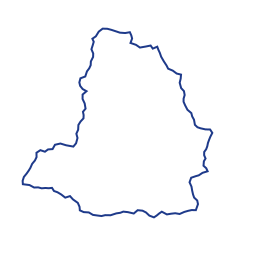 Santa Bárbara do Tugúrio, Minas Gerais, Brazil, rotated 285°
{"feature_id": "56859067B74973065797584", "entity_name": "Santa Bárbara do Tugúrio", "entity_type": "district", "adm_level": 2, "iso_a3": "BRA", "parent_name": "Brazil", "parent_adm1": "Minas Gerais", "projection": "albers", "projection_center": [-43.531, -21.243], "detail": "fine", "context": "isolated", "style": "outline", "palette": "blue", "viewbox_px": 256, "rotation_deg": 285, "n_neighbors": 0, "source": "geoboundaries", "source_scale": "gbopen_adm2", "svg_char_len": 1945}
<svg xmlns="http://www.w3.org/2000/svg" viewBox="0 0 256 256"><g transform="rotate(285 128 128)"><path d="M66.2,214.8L72.6,215.3L75.9,213.6L77.9,209.9L80.7,208.0L84.1,206.2L87.8,204.5L91.5,201.5L96.3,201.9L99.0,205.9L100.6,208.6L104.0,211.6L106.8,216.1L109.4,214.0L111.1,210.7L115.5,209.9L118.6,210.8L121.4,208.6L124.6,207.8L127.7,209.0L130.8,209.3L134.2,209.1L137.7,209.4L140.9,209.8L145.1,210.7L147.8,207.7L146.7,203.2L146.5,198.2L146.7,194.9L148.4,191.8L153.1,189.6L155.8,187.0L158.8,185.3L161.0,180.7L164.7,177.3L167.7,174.9L170.7,174.1L174.5,174.2L178.1,172.5L180.3,169.0L185.1,166.2L189.3,166.1L193.3,165.4L193.2,160.9L195.0,156.4L195.7,151.4L198.3,149.1L201.6,145.4L205.4,141.6L208.8,139.3L211.3,137.2L214.1,135.2L211.1,131.4L213.5,128.5L211.3,124.1L208.8,118.7L210.4,114.2L210.8,108.4L215.5,108.8L218.3,107.2L221.0,105.0L219.0,100.7L218.0,95.5L218.3,90.4L218.5,86.7L218.5,82.4L217.4,77.8L213.5,74.8L208.2,73.2L205.0,70.5L202.4,72.6L198.6,72.5L194.6,72.3L191.0,75.1L187.6,75.9L182.7,74.9L179.0,75.7L175.6,75.1L172.1,73.7L166.7,73.4L163.7,69.2L159.4,69.2L156.3,70.9L153.9,74.1L152.8,78.4L148.6,75.5L144.3,76.6L140.5,79.8L135.7,82.0L132.0,80.3L129.0,81.8L125.8,82.5L122.0,80.5L118.1,79.3L113.4,80.3L109.1,79.6L105.3,81.8L99.8,81.8L95.9,80.0L95.3,72.7L95.5,66.7L92.9,61.8L88.1,60.6L86.6,56.3L83.6,53.9L83.9,49.1L80.4,46.0L76.2,47.2L72.5,46.5L68.6,44.7L64.1,44.0L61.1,43.1L57.8,41.9L53.8,40.1L49.7,39.9L46.5,41.0L47.4,47.6L46.2,52.7L47.4,56.6L47.4,60.2L48.7,63.8L49.3,67.0L50.5,70.1L48.0,72.8L47.7,76.5L46.5,80.7L44.5,85.4L47.2,89.6L44.8,93.3L42.7,98.9L39.3,101.6L36.0,102.8L35.3,107.0L36.3,112.0L35.0,116.6L35.5,120.6L36.1,125.2L37.9,128.5L39.2,133.7L42.5,138.8L44.1,142.5L46.0,145.1L46.7,149.6L46.9,155.7L51.1,158.6L51.9,163.4L51.1,167.2L48.9,171.3L48.4,176.2L50.9,178.4L53.6,180.3L55.9,182.3L54.6,187.9L56.4,191.9L57.9,195.7L58.3,200.1L61.5,204.1L63.6,207.6L65.2,210.7L66.2,214.8Z" fill="none" stroke="#1e3a8a" stroke-width="2"/></g></svg>